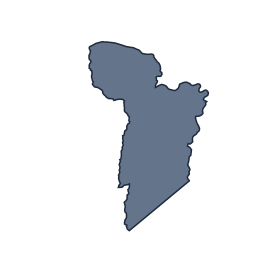 Acorizal, Mato Grosso, Brazil, rotated 129°
{"feature_id": "56859067B96273664135560", "entity_name": "Acorizal", "entity_type": "district", "adm_level": 2, "iso_a3": "BRA", "parent_name": "Brazil", "parent_adm1": "Mato Grosso", "projection": "orthographic", "projection_center": [-56.306, -15.194], "detail": "fine", "context": "isolated", "style": "filled", "palette": "slate", "viewbox_px": 256, "rotation_deg": 129, "n_neighbors": 0, "source": "geoboundaries", "source_scale": "gbopen_adm2", "svg_char_len": 4082}
<svg xmlns="http://www.w3.org/2000/svg" viewBox="0 0 256 256"><g transform="rotate(129 128 128)"><path d="M207.0,62.4L130.5,47.1L130.0,48.3L129.7,50.1L128.4,51.2L126.7,51.3L125.7,51.2L124.6,51.8L124.0,53.0L122.3,53.3L121.1,53.9L120.2,55.6L119.8,56.8L119.3,58.0L118.4,58.8L116.3,59.6L114.8,60.4L113.3,61.3L112.2,62.2L110.9,62.2L109.7,62.0L108.8,62.6L107.5,63.4L106.2,64.2L105.0,64.9L104.6,66.2L104.3,67.2L104.3,68.7L104.8,70.1L103.4,71.1L102.2,71.4L101.9,70.3L101.0,69.5L99.6,69.2L98.0,69.1L97.2,69.9L96.0,71.0L94.4,72.0L92.7,72.0L91.7,71.7L90.1,71.1L88.7,71.2L87.6,71.5L86.2,70.9L84.3,71.4L83.1,72.4L82.3,74.0L81.7,75.0L81.4,76.3L80.8,77.5L80.0,78.6L79.3,79.9L78.5,80.8L77.6,82.0L76.4,82.7L75.1,81.3L73.9,80.2L72.7,79.5L71.2,79.0L69.7,78.9L68.7,79.7L67.8,80.9L66.5,81.6L65.0,82.0L63.3,82.1L61.4,82.1L60.3,82.7L59.5,83.9L57.9,83.4L58.2,85.2L58.7,86.5L58.1,87.6L56.8,87.8L55.5,87.7L54.5,87.3L53.2,86.8L52.1,86.6L50.1,87.6L49.4,89.2L49.3,90.9L49.9,91.8L51.4,92.6L53.2,93.1L54.7,94.3L54.9,95.7L53.8,96.9L52.3,97.5L50.3,97.6L49.2,98.8L49.0,100.2L49.7,101.5L50.7,102.1L52.2,102.9L53.4,103.7L54.4,104.6L54.9,106.3L54.5,108.1L55.1,109.4L55.3,110.9L56.1,112.0L57.2,113.1L58.7,114.0L61.5,115.5L63.3,114.6L65.0,114.0L66.8,114.2L67.8,114.4L69.5,115.2L70.4,116.9L71.2,118.7L71.8,120.0L72.2,121.6L71.7,123.0L71.4,124.9L71.7,126.1L72.2,127.7L73.0,129.3L74.5,130.2L76.3,131.1L77.7,131.5L79.2,132.2L78.2,133.0L77.0,133.6L75.9,134.0L74.5,133.9L72.9,134.7L73.1,135.9L72.0,136.7L71.2,138.0L70.0,138.0L68.8,137.2L67.9,135.6L66.5,135.0L64.9,135.4L63.6,136.7L63.8,138.3L63.2,139.2L62.1,139.5L60.7,140.7L59.7,141.9L58.9,143.1L58.2,144.8L58.2,146.6L57.6,148.5L57.4,149.7L57.0,151.2L56.7,152.5L55.7,153.2L55.1,154.9L56.0,156.6L56.9,157.5L58.1,158.7L59.1,160.2L60.1,161.9L60.9,163.3L61.1,164.4L60.9,165.5L60.7,166.7L60.5,168.4L60.9,169.7L61.5,171.5L62.0,173.7L62.7,175.2L63.6,176.7L64.3,177.9L64.9,179.1L65.7,180.3L66.3,182.0L67.0,183.7L67.3,184.7L67.8,185.9L68.3,187.1L68.7,188.1L69.1,189.1L69.6,190.4L70.3,191.9L71.4,193.7L72.8,195.9L73.6,197.1L74.6,198.8L75.9,200.2L76.8,201.9L78.2,203.1L79.6,204.1L80.7,204.9L82.5,206.2L86.1,207.6L88.4,208.8L89.6,208.9L90.7,208.0L91.3,206.9L91.5,205.8L92.8,205.1L94.2,204.3L95.9,204.1L97.0,203.3L97.9,202.4L98.9,201.5L99.1,200.3L99.4,198.8L100.8,198.2L102.1,198.2L103.6,197.7L104.9,196.6L106.1,195.6L105.7,194.3L106.7,193.4L106.3,192.2L107.2,191.4L108.3,190.1L110.0,189.4L111.3,188.4L112.4,186.9L113.7,185.3L114.1,183.8L115.1,183.7L116.1,183.4L116.7,182.5L116.7,181.3L117.2,180.1L116.4,178.5L115.9,177.6L115.5,176.6L115.3,175.0L115.1,173.2L115.1,172.0L115.3,170.9L116.7,169.7L117.2,167.8L117.3,165.8L117.7,164.0L117.2,161.3L115.8,159.6L114.9,158.0L115.5,156.4L114.4,155.4L113.4,155.0L112.2,153.9L110.9,152.7L109.9,151.2L109.2,150.3L109.1,149.2L109.3,147.6L110.6,147.5L111.5,146.4L112.6,145.4L113.8,144.3L114.7,143.2L116.0,142.4L117.0,141.5L117.4,140.2L117.4,138.9L117.4,137.8L118.0,136.3L118.6,135.0L118.8,133.7L120.1,133.0L121.0,132.4L121.9,131.8L122.1,130.5L123.4,130.1L124.7,130.6L126.5,130.3L127.7,129.9L128.6,128.9L130.2,128.1L132.1,128.7L133.7,128.0L134.7,127.2L136.0,126.7L137.5,127.3L138.1,126.3L139.4,125.7L140.3,124.6L141.2,123.3L142.2,123.4L143.3,122.5L143.9,121.3L145.2,120.6L146.8,120.4L147.8,119.0L148.9,118.9L150.1,118.8L151.1,118.0L151.9,117.2L153.7,115.8L155.2,114.8L156.6,114.1L157.8,114.5L158.3,113.2L159.3,112.8L160.6,112.3L161.9,111.9L163.1,110.1L164.1,109.1L165.1,108.7L166.3,108.3L166.9,107.2L168.1,106.3L169.3,105.9L170.7,105.7L171.5,104.5L173.0,103.7L174.1,102.2L174.8,101.2L175.4,100.1L175.9,99.0L177.1,99.0L178.3,99.0L180.3,98.1L179.0,96.7L178.4,95.9L177.1,95.1L175.6,95.2L174.4,94.5L172.8,93.1L171.7,92.2L170.7,91.8L171.9,90.6L172.8,90.0L174.3,89.2L175.9,89.3L176.8,88.4L178.0,86.6L179.0,86.0L180.4,86.6L181.6,85.8L183.6,84.1L185.7,83.8L188.1,84.2L189.2,82.7L190.0,81.5L191.3,80.3L192.7,79.6L194.2,78.7L195.2,77.2L195.3,75.7L196.4,74.5L197.7,73.5L199.2,72.5L201.3,72.5L202.7,71.6L203.8,71.2L204.8,70.2L204.6,68.9L204.3,67.7L205.3,67.5L206.1,66.3L206.9,65.0L207.0,63.9L207.0,62.4Z" fill="#64748b" stroke="#1e293b" stroke-width="1.5"/></g></svg>